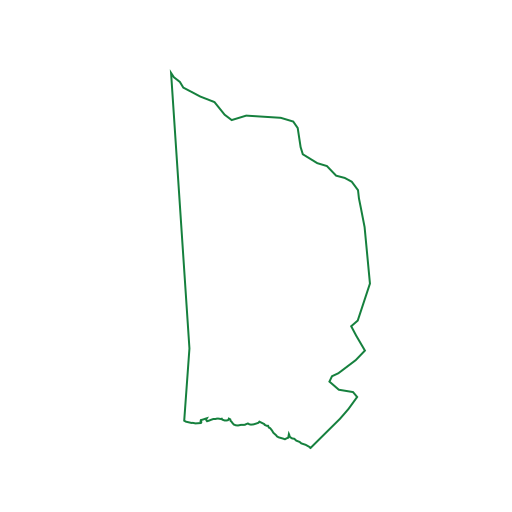 Ngeruikl, Ngchesar, Palau, rotated 73°
{"feature_id": "81905179B39182150955379", "entity_name": "Ngeruikl", "entity_type": "district", "adm_level": 2, "iso_a3": "PLW", "parent_name": "Palau", "parent_adm1": "Ngchesar", "projection": "orthographic", "projection_center": [134.618, 7.484], "detail": "fine", "context": "isolated", "style": "outline", "palette": "green", "viewbox_px": 512, "rotation_deg": 73, "n_neighbors": 0, "source": "geoboundaries", "source_scale": "gbopen_adm2", "svg_char_len": 1575}
<svg xmlns="http://www.w3.org/2000/svg" viewBox="0 0 512 512"><g transform="rotate(73 256 256)"><path d="M241.0,141.7L230.9,140.7L222.9,139.2L213.0,142.7L207.3,148.3L202.6,155.9L190.7,161.9L185.1,170.3L172.4,181.5L164.9,181.5L145.8,178.7L138.3,181.1L131.1,191.9L118.9,224.3L118.9,239.5L111.7,244.7L96.7,250.7L87.2,262.7L73.7,276.3L67.3,277.9L61.0,282.3L56.1,283.7L325.0,346.7L392.5,372.8L393.9,371.5L395.3,369.1L396.8,366.5L397.1,365.2L398.4,362.8L399.1,359.8L399.6,357.6L399.2,357.0L398.3,356.8L397.8,357.3L396.8,356.7L396.9,354.4L396.8,352.2L396.8,350.5L397.6,351.4L398.7,351.5L399.7,351.1L399.7,349.2L399.5,346.8L399.4,344.4L400.0,342.6L400.1,340.8L400.6,339.3L401.6,337.3L401.6,336.3L402.6,336.1L404.1,334.1L404.7,332.2L404.8,330.8L404.3,330.0L403.6,329.5L404.7,328.4L406.3,328.5L407.2,327.9L408.7,327.4L410.7,326.5L412.0,324.8L412.8,322.8L413.1,319.7L414.2,316.0L414.0,315.4L413.8,312.7L415.0,311.6L415.8,310.1L416.3,307.6L416.3,304.6L416.2,302.4L415.4,301.2L419.2,297.2L420.0,297.1L421.5,295.4L421.9,294.1L423.8,293.9L424.8,292.8L426.3,292.2L427.6,291.7L430.1,291.1L433.6,289.0L434.5,288.8L436.0,287.4L438.6,283.4L439.7,281.9L439.3,280.0L439.2,278.3L435.9,276.6L436.8,276.5L438.4,276.6L439.5,276.1L441.0,274.8L442.0,272.8L444.3,271.5L446.6,268.6L448.4,267.5L451.1,263.7L453.3,261.6L455.0,260.0L455.9,260.7L436.3,223.4L429.4,212.4L420.4,200.5L414.5,203.0L408.1,215.9L397.6,222.5L393.2,218.5L392.2,211.5L384.7,191.0L378.3,179.5L361.4,183.5L351.0,185.5L347.5,177.6L315.7,155.1L284.0,148.6L260.1,143.7L241.0,141.7Z" fill="none" stroke="#15803d" stroke-width="2"/></g></svg>